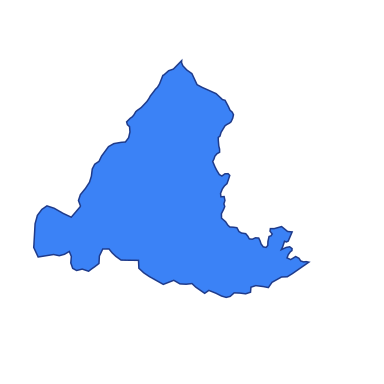 Machang, Kelantan, Malaysia (Mercator projection), rotated 22°
{"feature_id": "92858781B41710084977616", "entity_name": "Machang", "entity_type": "district", "adm_level": 2, "iso_a3": "MYS", "parent_name": "Malaysia", "parent_adm1": "Kelantan", "projection": "mercator", "projection_center": [102.272, 5.773], "detail": "fine", "context": "isolated", "style": "filled", "palette": "blue", "viewbox_px": 384, "rotation_deg": 22, "n_neighbors": 0, "source": "geoboundaries", "source_scale": "gbopen_adm2", "svg_char_len": 2550}
<svg xmlns="http://www.w3.org/2000/svg" viewBox="0 0 384 384"><g transform="rotate(22 192 192)"><path d="M133.2,74.1L128.7,85.0L124.9,88.3L122.0,94.1L121.3,94.8L121.4,104.0L120.8,107.8L119.6,110.5L119.0,112.9L117.4,118.5L117.1,121.3L116.3,125.0L113.3,132.7L112.0,134.8L110.8,136.6L109.8,138.5L109.2,142.5L108.4,144.8L107.1,146.8L106.3,148.7L105.1,151.5L106.9,153.8L109.6,154.8L112.0,159.6L112.9,165.4L111.5,170.6L107.7,172.5L101.4,176.4L97.6,181.2L94.7,192.6L94.3,198.4L91.4,202.7L90.9,208.0L92.8,215.1L93.3,221.4L91.9,228.5L89.5,236.2L89.9,242.4L93.8,246.7L93.8,247.7L89.5,260.6L80.4,260.1L70.3,258.7L62.7,259.2L59.3,264.4L57.4,271.6L58.4,280.2L64.9,299.3L65.1,299.8L66.0,302.7L73.7,309.9L87.1,301.8L92.8,300.8L97.1,297.5L100.5,293.1L104.3,297.0L106.2,303.2L110.0,307.5L114.4,308.0L119.1,304.6L125.8,304.2L127.8,300.8L129.7,297.9L132.5,293.1L130.1,286.0L130.6,278.3L136.4,275.9L140.7,278.3L145.5,280.2L151.7,281.7L157.0,279.7L168.0,275.4L171.3,282.6L177.5,285.0L184.2,286.4L200.0,288.4L208.2,280.7L215.3,281.7L221.1,279.7L226.3,276.9L231.1,278.8L241.7,281.2L244.5,276.9L252.2,276.9L258.4,277.4L263.2,276.9L266.5,274.5L268.9,269.7L274.2,267.8L279.9,266.3L283.2,263.5L283.8,263.0L282.3,258.2L286.2,254.9L293.8,252.9L298.6,252.0L300.0,245.8L306.8,237.3L312.1,234.9L315.7,230.0L326.6,213.3L323.9,213.8L321.7,215.0L318.6,215.2L316.0,213.4L312.3,213.0L310.7,215.2L308.8,217.7L304.8,217.5L304.7,214.0L305.6,210.5L306.6,208.9L306.0,207.0L303.1,206.2L300.1,208.1L296.4,212.0L296.6,209.1L296.4,205.6L296.2,203.0L298.2,203.0L299.6,201.5L299.8,191.5L295.4,192.8L290.7,191.3L288.0,190.5L281.9,195.2L278.4,196.6L279.0,199.1L282.1,200.9L281.7,203.0L280.1,204.4L280.9,209.3L282.3,213.2L281.5,215.6L278.6,216.2L275.4,214.2L273.5,211.9L271.1,209.7L268.0,210.7L265.6,213.2L262.7,214.0L260.2,212.0L257.4,210.5L253.3,211.5L250.4,211.1L247.0,208.3L243.7,209.1L240.2,210.3L237.6,209.3L234.3,207.0L229.2,205.2L227.4,201.1L227.8,196.2L227.8,193.2L226.0,191.1L225.7,187.5L223.5,184.2L220.6,185.6L219.0,182.6L219.0,177.7L219.8,174.2L221.3,171.1L221.1,166.8L220.8,162.5L218.6,161.5L215.7,162.8L213.7,166.0L210.8,165.6L207.0,162.8L204.1,160.3L199.8,156.0L200.0,153.2L199.8,150.3L200.8,147.2L202.7,144.8L201.5,141.9L199.6,139.3L197.0,134.2L195.9,131.5L197.0,129.7L196.6,125.8L197.8,118.3L199.0,116.4L201.0,114.0L201.9,112.3L202.1,108.3L201.5,104.8L199.4,102.9L196.6,101.9L193.9,99.3L188.3,94.6L185.6,94.9L177.6,91.8L170.8,91.5L162.3,91.2L156.5,90.6L152.2,86.6L147.6,82.3L141.4,80.8L136.2,78.4L133.8,75.9L133.2,74.1Z" fill="#3b82f6" stroke="#1e3a8a" stroke-width="1.5"/></g></svg>